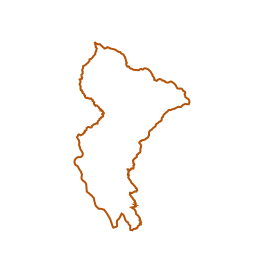 outline of Sopetrán, Antioquia, Colombia, rotated 330°
{"feature_id": "7082276B56880997527404", "entity_name": "Sopetrán", "entity_type": "district", "adm_level": 2, "iso_a3": "COL", "parent_name": "Colombia", "parent_adm1": "Antioquia", "projection": "orthographic", "projection_center": [-75.752, 6.515], "detail": "fine", "context": "isolated", "style": "outline", "palette": "amber", "viewbox_px": 256, "rotation_deg": 330, "n_neighbors": 0, "source": "geoboundaries", "source_scale": "gbopen_adm2", "svg_char_len": 5849}
<svg xmlns="http://www.w3.org/2000/svg" viewBox="0 0 256 256"><g transform="rotate(330 128 128)"><path d="M192.4,137.7L192.8,137.7L194.3,136.1L194.8,134.7L194.6,132.9L193.5,130.8L193.2,129.7L193.6,128.5L193.8,127.3L193.9,127.0L194.7,126.7L195.1,126.4L195.4,125.1L194.5,123.7L194.3,122.9L194.4,121.7L194.1,120.8L193.4,120.1L192.2,119.6L191.2,119.0L190.6,118.3L190.5,117.7L190.7,115.4L190.6,114.0L190.3,112.8L189.0,109.8L188.1,109.0L185.7,108.8L184.5,108.1L183.4,106.9L183.2,105.6L182.8,105.1L181.5,104.1L181.2,102.8L180.1,101.6L179.7,101.3L178.3,101.1L177.1,101.5L176.3,101.5L175.9,100.6L174.8,99.6L174.8,99.3L175.6,98.4L175.7,97.9L175.6,96.3L175.4,95.7L175.4,94.7L175.8,94.1L175.9,93.8L175.7,92.6L175.7,90.0L175.2,89.0L175.1,87.7L173.4,85.5L172.2,84.6L171.5,84.5L170.4,84.8L169.6,84.6L169.4,84.4L169.2,83.6L168.5,83.3L167.6,83.1L166.5,83.4L165.5,83.0L164.3,81.9L162.4,80.8L162.0,80.4L160.7,78.3L159.9,77.8L159.6,77.2L159.5,76.4L159.6,75.7L159.4,75.0L158.3,74.7L158.0,73.7L158.2,72.4L158.5,71.4L158.8,71.2L159.6,71.0L159.7,69.0L160.4,67.3L160.5,66.0L160.8,65.4L160.7,62.1L159.5,60.2L159.3,58.4L158.0,57.4L157.0,55.7L156.1,53.7L152.7,50.5L150.8,47.9L150.4,47.6L150.0,47.6L149.5,47.9L148.6,47.8L147.3,47.4L147.2,46.4L146.6,45.2L146.5,44.4L145.8,42.8L145.6,41.5L145.4,41.2L143.7,40.4L142.7,38.8L142.0,36.8L141.8,38.1L141.5,38.8L141.1,40.9L140.5,41.7L140.8,43.4L139.4,44.8L139.1,45.4L138.5,45.6L137.6,46.2L136.8,47.4L135.2,48.2L134.1,48.4L132.8,49.1L131.2,49.6L130.2,49.7L129.3,49.3L128.9,49.3L128.1,50.7L125.9,51.5L121.8,52.2L120.2,51.9L119.0,53.6L117.4,54.8L117.0,55.6L117.1,56.3L116.6,56.8L116.1,58.0L114.2,58.7L113.3,61.0L113.5,61.4L113.0,62.1L112.8,62.3L112.1,62.2L110.8,61.7L110.4,61.7L110.3,62.1L110.6,62.8L109.9,64.4L109.3,65.1L108.7,65.2L107.9,66.1L107.8,68.4L106.7,69.8L106.5,70.7L106.1,71.2L106.1,71.5L106.8,72.0L106.8,72.3L106.4,73.0L106.8,73.8L106.2,74.8L106.8,75.9L106.9,76.7L106.6,77.7L107.0,78.4L106.4,79.4L106.4,79.9L107.0,81.3L108.3,81.8L108.5,82.4L108.9,82.7L109.1,83.2L110.8,84.0L110.7,84.7L111.1,85.2L111.4,86.2L110.9,86.6L110.9,87.3L111.4,88.0L111.6,89.0L111.1,89.3L110.7,89.7L110.6,91.4L111.1,91.8L111.0,92.4L111.5,92.3L112.4,93.1L112.5,93.9L113.1,95.0L113.0,97.4L113.6,97.9L113.7,98.2L113.2,98.8L113.7,98.9L113.5,99.3L113.5,99.6L114.4,100.1L114.1,100.8L114.5,101.2L114.4,101.7L114.6,102.8L114.5,103.2L114.2,103.4L113.6,102.9L113.2,103.1L112.7,103.0L112.5,103.3L112.7,104.6L112.4,105.4L111.9,105.6L109.7,105.4L109.4,105.9L109.0,106.1L107.8,105.9L107.1,106.8L105.5,107.1L104.9,107.7L104.0,108.1L103.8,108.4L103.8,108.9L103.6,108.9L102.8,108.1L102.1,108.2L100.3,107.8L98.1,108.1L97.6,108.4L97.1,109.1L96.5,109.2L95.8,108.9L94.3,107.3L93.6,107.1L92.2,107.4L91.2,108.8L90.9,109.0L89.2,108.8L89.0,109.0L88.9,109.6L88.5,109.5L88.1,109.7L87.7,110.4L87.0,110.2L85.2,110.9L84.4,110.7L83.4,110.7L82.4,109.1L81.8,108.9L81.4,109.1L80.3,110.0L79.3,110.4L79.2,111.6L79.3,114.2L78.5,116.6L77.8,117.2L77.1,118.3L76.7,120.9L76.2,122.2L76.3,126.7L75.7,128.2L74.4,129.3L73.3,129.5L72.0,129.3L70.0,128.2L68.8,128.2L67.1,128.5L65.5,129.5L64.5,131.0L64.0,133.2L64.1,134.0L65.1,135.4L65.3,135.8L65.2,140.7L65.4,141.7L65.4,142.8L65.0,144.0L65.0,145.2L63.4,147.0L62.4,148.7L62.5,150.8L63.6,153.1L63.8,154.7L63.5,156.3L60.8,161.8L60.6,162.5L60.8,163.4L61.8,165.5L62.1,166.9L62.7,168.2L63.3,171.3L63.3,172.0L62.5,173.9L61.3,178.3L61.3,180.1L62.3,183.4L64.0,184.3L66.5,186.8L66.6,188.3L66.9,189.6L67.1,197.2L66.9,198.7L65.5,205.4L65.5,207.0L66.6,207.1L68.3,207.7L69.6,207.3L70.3,206.2L70.9,204.5L71.6,203.5L72.4,202.6L74.8,202.1L76.6,201.1L77.6,200.3L79.7,199.0L80.6,201.0L80.4,202.9L79.9,205.3L79.7,207.0L80.0,208.5L80.8,209.7L80.5,211.2L80.5,211.8L81.1,213.9L79.5,216.2L79.1,217.6L80.1,218.1L80.7,218.8L81.8,218.3L83.0,218.5L84.2,219.1L84.9,218.9L85.2,219.2L85.5,219.0L86.4,219.0L87.2,218.1L88.2,217.8L90.1,217.7L90.9,218.0L91.1,217.4L90.7,216.8L90.6,216.5L90.9,216.4L91.2,216.6L92.0,216.4L91.9,215.8L92.4,215.0L92.0,214.5L91.9,213.4L92.1,213.2L92.7,213.2L93.0,212.7L93.1,212.4L93.0,209.1L92.0,206.8L92.9,204.2L93.0,202.1L92.7,201.2L91.3,198.6L94.5,199.7L95.5,199.9L95.4,198.1L96.0,198.4L95.6,197.8L96.2,198.1L96.8,197.4L97.1,196.7L96.5,195.6L97.5,194.9L97.5,193.9L97.1,193.2L96.8,192.4L97.1,191.8L96.7,189.3L96.5,189.0L96.6,187.9L96.3,186.5L97.4,185.1L98.0,185.5L98.5,186.2L99.0,186.4L102.1,186.3L102.3,186.4L103.1,187.1L103.4,187.2L104.3,186.6L104.8,186.5L105.3,185.3L105.3,184.9L105.1,184.2L104.8,184.0L105.0,183.7L104.9,182.2L104.6,181.2L104.0,178.2L103.6,177.7L103.5,176.7L103.9,175.3L103.6,174.3L103.7,173.9L103.5,173.4L103.6,172.8L103.5,170.9L103.8,170.8L104.3,170.1L104.4,169.3L104.9,169.3L104.6,168.3L104.8,168.2L105.2,168.4L105.4,167.2L106.1,167.2L106.6,166.6L106.8,166.0L106.7,165.6L107.1,164.7L107.0,163.6L107.4,163.7L107.9,165.1L108.3,165.5L108.9,165.6L109.5,165.4L110.2,164.7L110.5,164.7L111.1,164.9L111.8,165.5L112.4,165.8L112.8,165.1L113.4,164.7L113.8,163.3L114.0,163.1L114.8,163.1L115.3,162.8L115.4,162.4L115.1,160.8L115.8,160.1L115.8,158.9L116.2,158.4L116.9,158.3L118.3,157.7L119.1,157.8L119.7,157.6L120.9,157.6L121.3,157.2L121.5,156.4L122.8,155.5L123.7,155.7L124.5,155.2L126.2,155.2L127.2,154.3L128.0,152.6L130.2,150.4L130.7,149.6L130.7,148.5L130.5,147.8L130.6,147.3L130.3,146.5L130.8,146.0L132.4,145.5L133.0,145.9L134.3,145.6L135.5,146.2L137.1,146.5L138.8,146.1L139.3,146.4L140.1,146.1L140.7,146.1L141.5,145.4L142.6,144.9L144.1,142.2L145.4,141.3L147.4,141.3L150.0,140.5L151.5,140.4L151.9,140.3L152.5,140.4L153.8,139.1L154.8,138.6L156.5,138.7L158.0,138.2L159.0,138.5L159.5,138.4L159.8,138.2L160.6,138.3L161.8,137.0L162.4,136.1L164.0,135.7L165.0,134.7L166.1,134.2L167.7,134.0L168.9,133.6L170.3,133.5L171.9,132.9L172.6,132.9L173.5,133.7L174.0,133.8L176.6,134.1L177.9,134.6L182.0,134.7L183.5,135.9L184.3,136.2L184.7,136.2L187.0,135.5L189.1,135.7L189.8,136.0L191.5,137.3L192.4,137.7Z" fill="none" stroke="#b45309" stroke-width="2"/></g></svg>